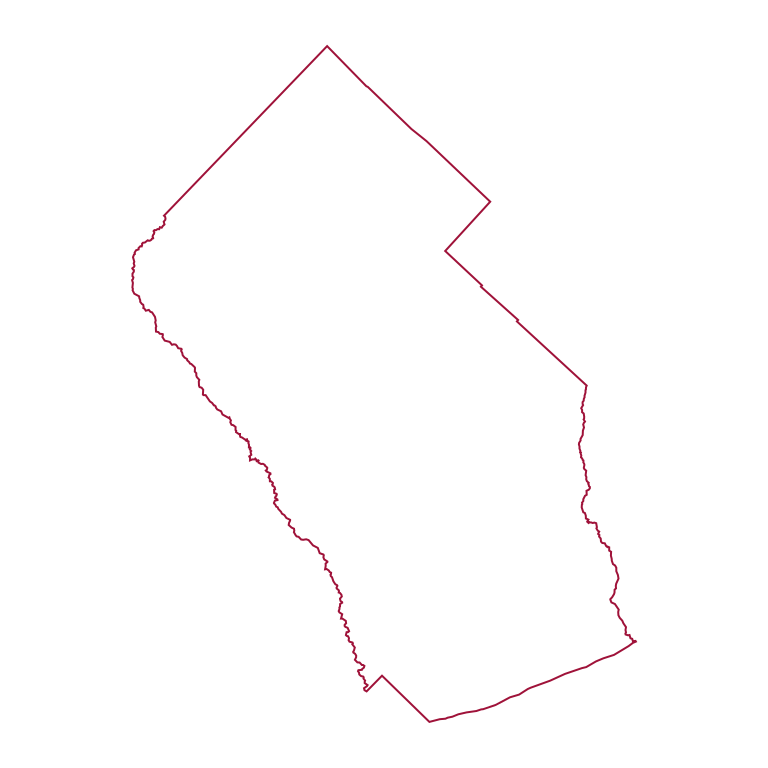 outline of Lobería, Buenos Aires, Argentina
{"feature_id": "61730980B76511587081285", "entity_name": "Lobería", "entity_type": "district", "adm_level": 2, "iso_a3": "ARG", "parent_name": "Argentina", "parent_adm1": "Buenos Aires", "projection": "mercator", "projection_center": [-58.449, -38.07], "detail": "fine", "context": "isolated", "style": "outline", "palette": "rose", "viewbox_px": 768, "rotation_deg": 0, "n_neighbors": 0, "source": "geoboundaries", "source_scale": "gbopen_adm2", "svg_char_len": 6124}
<svg xmlns="http://www.w3.org/2000/svg" viewBox="0 0 768 768"><path d="M429.4,721.9L439.8,719.2L445.5,718.7L447.6,717.7L452.4,716.7L458.3,714.3L466.6,712.4L476.4,711.0L481.2,709.4L483.1,709.2L495.5,705.0L510.0,697.3L519.1,694.6L527.8,689.0L530.7,687.7L550.1,680.7L565.0,673.9L582.0,668.1L586.2,667.1L596.0,661.4L603.4,658.3L614.0,654.9L628.6,646.1L633.0,642.8L635.9,641.6L635.5,640.9L632.9,641.2L632.2,638.8L630.5,638.3L629.5,635.0L628.0,635.3L625.6,634.5L625.4,633.5L626.0,632.4L625.5,630.0L626.0,627.1L623.4,623.3L622.3,620.7L619.7,617.8L618.4,615.2L618.2,612.0L618.7,609.6L614.9,604.0L611.4,602.4L610.4,599.8L610.3,599.2L612.1,597.3L614.0,594.2L614.5,592.6L614.6,589.7L616.0,588.4L615.8,585.9L616.2,583.7L618.5,578.6L617.9,575.0L616.3,571.2L616.3,567.7L615.1,565.5L613.0,564.1L611.8,560.7L611.7,558.8L610.9,555.6L611.1,551.8L609.2,550.6L609.2,547.3L607.4,546.5L607.2,546.9L606.2,546.1L604.8,543.3L602.3,543.0L601.0,541.6L600.7,538.5L599.1,536.6L599.4,535.0L598.1,533.9L599.2,531.6L597.8,530.7L596.4,528.4L596.9,527.2L596.2,523.2L594.4,522.6L592.7,523.0L591.0,522.4L589.1,522.5L588.6,523.0L587.7,522.2L588.3,521.6L587.4,521.2L588.4,519.6L585.9,518.5L585.8,515.6L584.9,513.0L583.3,512.3L581.7,507.4L581.9,504.6L582.3,504.0L582.0,502.7L583.3,501.0L583.3,499.2L585.0,495.8L586.7,494.8L586.5,490.8L588.8,489.7L589.8,488.4L589.9,487.0L589.0,486.2L588.6,484.2L588.2,483.8L588.7,482.8L586.9,481.2L586.2,479.3L586.4,477.1L585.6,475.2L586.2,470.7L584.3,469.0L583.8,467.9L584.4,464.9L584.2,463.9L583.3,462.3L583.5,460.9L583.3,460.3L582.7,460.0L582.2,458.5L581.0,457.3L581.3,455.4L580.6,453.5L580.9,452.6L580.1,452.2L580.4,451.0L579.5,448.6L579.5,446.5L578.9,444.4L579.1,442.9L580.6,440.5L580.5,439.0L582.7,435.1L582.9,430.6L584.0,427.5L583.2,424.5L583.9,422.8L585.0,421.6L583.6,419.4L584.1,418.6L584.2,416.7L583.7,413.5L582.1,412.2L582.1,409.9L581.2,408.2L583.1,405.1L582.6,404.0L582.6,402.1L583.7,400.7L583.8,398.9L584.6,397.2L584.5,395.9L585.5,392.6L585.5,390.1L585.9,389.6L586.0,387.3L586.7,385.6L516.9,321.4L518.1,320.0L480.9,286.7L482.0,285.4L445.2,251.0L490.2,201.7L426.5,141.1L411.4,129.0L367.7,86.8L366.4,86.3L327.1,46.1L164.0,215.7L165.1,216.7L165.5,218.4L165.3,219.8L163.7,221.7L164.5,224.5L162.8,226.0L161.7,227.7L159.9,227.2L159.2,229.2L157.5,229.1L155.9,230.2L154.5,230.1L153.7,230.8L153.6,231.3L154.3,232.3L154.0,233.9L153.3,234.6L152.6,236.3L153.2,238.2L152.9,238.5L151.9,238.7L151.4,239.7L150.3,240.5L149.0,240.8L147.7,240.3L144.9,242.5L142.8,242.8L142.0,243.9L142.2,244.9L141.7,246.4L140.4,246.2L138.6,248.0L138.6,249.4L136.0,250.3L134.6,252.7L134.9,254.0L134.0,254.6L133.0,257.2L134.3,261.8L133.7,263.3L134.5,265.9L134.0,266.9L132.3,268.3L132.9,269.4L133.9,270.1L133.8,271.7L132.5,273.6L132.5,276.3L133.4,277.3L133.0,279.0L132.1,280.1L132.9,282.9L132.4,287.5L132.9,288.9L132.6,290.3L134.3,293.7L139.1,296.3L139.3,297.9L140.2,300.2L140.2,301.8L141.9,304.0L143.2,304.7L143.6,306.8L143.3,308.0L144.4,308.6L145.8,310.7L148.8,309.9L150.4,311.8L152.1,312.4L155.0,316.9L155.7,320.5L155.2,322.3L156.3,326.4L155.8,327.5L156.0,331.6L158.4,332.1L159.7,333.7L162.7,334.1L162.9,335.0L162.4,337.0L164.7,340.6L169.7,341.9L172.0,344.8L173.9,344.3L175.7,344.6L176.9,345.9L178.2,348.2L181.4,348.8L181.7,349.3L181.1,350.9L182.2,352.8L182.7,355.3L184.6,357.6L187.1,359.1L187.2,360.3L189.3,362.2L189.9,363.5L191.3,364.0L194.6,367.1L195.0,367.8L194.8,371.6L196.3,373.2L196.3,375.5L196.9,377.2L199.3,379.8L198.8,381.5L199.0,385.7L199.6,387.1L201.6,387.7L203.2,389.7L202.9,394.6L203.5,395.1L205.6,395.1L209.9,401.4L212.2,403.0L213.8,405.3L214.4,405.3L215.7,406.4L215.9,407.6L217.2,409.4L221.1,411.3L222.5,414.5L228.6,417.9L229.4,417.4L229.8,418.8L230.9,420.4L230.3,422.2L231.5,424.8L233.3,425.2L235.6,427.0L235.5,430.0L236.2,430.7L236.0,432.1L238.8,434.0L240.0,434.0L239.9,435.5L240.4,437.0L241.9,437.4L245.4,439.8L247.0,439.3L247.2,440.2L246.5,440.8L247.1,441.1L247.5,440.8L248.6,441.5L248.4,443.2L249.0,444.7L248.9,447.3L250.1,447.3L250.5,447.8L250.4,448.5L249.8,448.4L249.8,449.4L251.2,451.0L250.5,451.9L251.3,454.8L249.9,455.9L249.9,456.7L249.4,456.7L250.1,458.1L250.0,460.4L252.4,459.4L254.8,459.4L255.3,458.6L256.2,459.5L256.7,461.2L257.5,461.1L258.2,460.3L258.6,460.6L258.1,461.5L258.5,462.6L261.1,464.0L262.9,463.8L264.7,464.8L265.0,465.7L266.8,467.2L267.3,467.9L266.8,469.9L265.8,470.5L266.5,471.5L270.4,473.3L270.5,474.1L269.2,475.1L268.9,477.0L268.6,477.4L269.8,478.7L269.9,481.3L271.3,481.4L272.9,482.9L272.7,484.2L272.2,484.6L272.5,485.7L274.3,486.8L274.8,487.7L275.1,489.3L274.1,489.7L274.2,493.0L276.6,493.8L276.8,494.5L276.3,495.9L275.6,496.4L275.0,497.8L277.4,499.4L277.5,500.1L274.9,500.6L273.9,503.0L274.1,503.5L275.3,504.6L276.2,506.6L277.7,507.3L278.3,508.9L281.1,511.9L281.9,513.6L284.4,515.1L286.4,518.0L290.1,519.8L290.1,520.6L289.0,523.0L288.7,525.0L291.6,527.6L294.0,528.7L294.3,530.7L293.9,532.2L295.7,535.3L296.6,536.4L298.6,536.8L301.1,539.5L303.1,539.8L306.2,539.3L308.6,540.1L313.0,545.4L317.8,547.9L319.7,553.2L323.4,554.5L323.8,555.2L323.4,557.3L324.2,559.4L327.4,561.5L327.4,562.0L325.6,563.6L325.7,565.9L325.1,569.3L326.6,569.0L328.8,570.5L329.7,572.0L331.1,572.7L331.0,574.1L330.5,574.7L330.8,576.1L332.0,577.2L333.4,581.3L335.3,584.2L337.1,585.2L337.4,585.8L336.5,587.8L336.7,588.5L338.7,590.2L339.0,591.0L338.7,592.5L339.9,592.9L341.4,594.7L341.8,596.5L340.0,598.6L340.1,599.5L340.6,601.1L342.1,602.1L342.2,602.7L340.1,604.0L340.0,606.6L339.4,607.4L339.5,608.9L338.7,611.1L339.4,612.4L342.2,614.2L341.0,618.6L342.4,618.6L345.8,620.9L346.1,623.3L344.7,624.7L344.6,625.9L345.4,626.9L347.6,627.8L349.1,631.2L348.1,632.1L346.6,632.2L345.9,635.1L346.7,635.9L348.0,636.2L349.0,638.2L348.6,640.2L349.5,641.7L352.5,642.5L352.9,643.3L352.3,644.3L354.8,647.5L353.9,650.7L353.2,651.8L353.3,652.5L355.1,653.8L356.2,655.6L356.1,657.3L354.9,659.8L357.4,662.4L359.6,662.5L361.9,665.0L363.1,665.0L364.4,665.9L363.9,667.6L362.1,669.1L361.9,669.8L358.4,670.2L358.0,671.2L359.0,672.6L359.3,674.5L361.1,676.1L363.3,676.6L363.7,677.4L363.5,678.6L365.1,680.6L364.7,681.7L364.7,683.1L367.6,685.1L367.0,686.1L364.0,688.2L364.5,690.2L366.6,691.4L382.0,675.7L429.4,721.9Z" fill="none" stroke="#9f1239" stroke-width="2"/></svg>